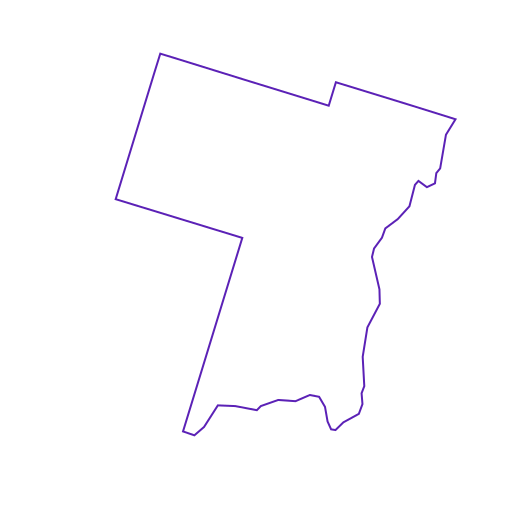 Mercer, North Dakota, United States of America, rotated 107°
{"feature_id": "52423323B83406409622886", "entity_name": "Mercer", "entity_type": "district", "adm_level": 2, "iso_a3": "USA", "parent_name": "United States of America", "parent_adm1": "North Dakota", "projection": "natural_earth1", "projection_center": [-101.73, 47.278], "detail": "fine", "context": "isolated", "style": "outline", "palette": "violet", "viewbox_px": 512, "rotation_deg": 107, "n_neighbors": 0, "source": "geoboundaries", "source_scale": "gbopen_adm2", "svg_char_len": 734}
<svg xmlns="http://www.w3.org/2000/svg" viewBox="0 0 512 512"><g transform="rotate(107 256 256)"><path d="M109.8,406.8L242.7,406.8L242.7,274.4L445.1,274.5L445.5,262.5L434.7,255.7L410.0,248.8L405.6,232.0L403.2,210.1L398.1,207.5L387.2,192.7L383.3,175.8L373.2,163.9L372.2,154.5L380.1,145.9L393.3,139.2L399.8,133.5L399.2,129.1L389.5,123.8L376.9,111.5L366.5,110.9L356.4,114.9L348.8,114.4L321.2,124.5L291.7,128.6L265.5,123.6L251.8,128.2L223.0,144.8L214.3,145.3L201.7,140.9L191.8,140.4L179.2,131.2L163.6,123.8L141.5,124.8L136.7,122.6L140.2,112.7L134.2,106.1L124.0,107.8L118.4,105.5L84.5,109.8L66.9,105.2L66.6,153.3L66.5,230.4L91.0,230.4L90.8,317.9L90.5,392.0L90.5,406.7L109.8,406.8Z" fill="none" stroke="#5b21b6" stroke-width="2"/></g></svg>